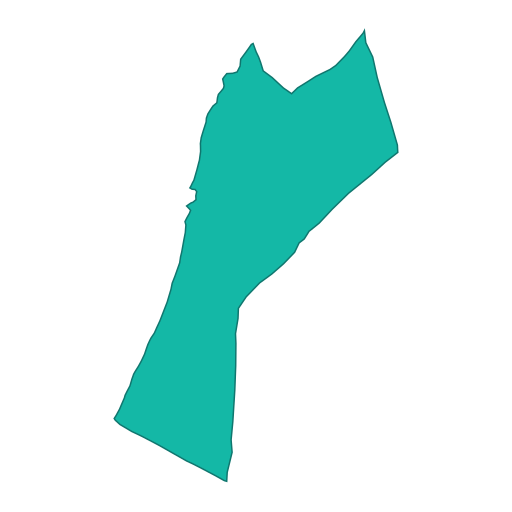 outline of Whojah, Maryland, Liberia
{"feature_id": "62588387B36010153941862", "entity_name": "Whojah", "entity_type": "district", "adm_level": 2, "iso_a3": "LBR", "parent_name": "Liberia", "parent_adm1": "Maryland", "projection": "orthographic", "projection_center": [-8.023, 4.944], "detail": "fine", "context": "isolated", "style": "filled", "palette": "teal", "viewbox_px": 512, "rotation_deg": 0, "n_neighbors": 0, "source": "geoboundaries", "source_scale": "gbopen_adm2", "svg_char_len": 2083}
<svg xmlns="http://www.w3.org/2000/svg" viewBox="0 0 512 512"><path d="M226.7,481.3L227.2,472.3L232.1,452.3L231.1,439.8L232.8,421.8L234.8,389.9L235.4,373.5L235.7,365.8L235.9,343.5L235.5,333.6L238.0,318.5L238.4,308.3L246.2,296.8L259.6,282.9L271.8,274.0L283.6,263.7L294.6,252.3L299.1,242.9L304.2,239.0L307.8,233.3L309.0,231.3L312.9,228.2L319.2,223.1L332.2,209.2L348.5,193.3L371.7,174.5L385.2,162.2L396.1,153.7L397.8,152.4L397.6,149.6L397.4,145.1L390.9,122.5L386.8,109.9L384.4,102.5L377.2,77.5L372.7,57.0L365.8,42.7L364.4,30.7L363.1,33.2L355.9,41.7L349.2,51.1L344.4,56.7L335.8,65.5L330.7,69.0L330.2,69.4L315.8,76.4L308.7,81.0L305.5,83.0L297.6,87.9L291.6,93.7L283.4,88.0L272.2,77.6L263.2,70.9L260.5,62.1L258.6,57.0L256.1,51.8L253.1,43.5L251.3,44.5L249.6,47.0L248.4,48.7L245.9,52.2L240.7,59.2L240.1,66.1L237.1,72.0L232.7,73.3L226.8,73.6L224.2,76.8L223.7,77.5L222.7,79.0L223.3,81.8L224.1,85.9L223.4,88.4L220.7,91.7L218.4,94.4L217.5,97.7L217.1,101.0L216.8,102.9L213.1,105.9L211.5,108.2L210.6,109.6L207.9,113.9L206.4,118.1L206.1,122.1L203.2,131.1L201.2,137.8L200.4,143.6L200.5,145.7L200.6,151.6L199.4,160.4L198.8,162.5L196.9,169.9L193.9,180.3L192.6,182.6L190.8,186.4L189.9,187.9L192.0,189.2L195.1,189.5L196.7,191.6L196.2,193.9L195.8,195.8L196.0,199.7L193.0,202.2L190.9,203.0L187.7,205.2L186.6,206.0L189.3,208.8L190.6,210.3L189.4,213.4L186.9,217.8L185.0,221.6L185.9,225.0L185.6,228.7L185.3,232.7L184.0,239.3L181.7,252.1L180.5,257.1L180.4,258.0L179.7,262.8L175.0,276.1L173.4,280.2L172.2,283.2L171.0,289.3L167.2,302.1L163.2,312.4L159.9,320.9L158.0,325.0L156.5,328.2L156.1,329.2L154.3,333.2L151.1,337.9L150.0,340.0L149.7,340.6L149.2,341.7L147.9,344.5L146.5,348.4L144.6,354.1L141.4,360.9L140.1,363.3L138.5,366.2L135.1,371.6L133.6,374.3L133.4,375.0L131.9,379.2L130.0,385.8L127.1,391.3L125.1,395.3L124.4,397.9L121.9,403.7L121.5,404.6L119.6,409.1L116.3,415.2L115.3,416.8L114.2,418.5L115.3,420.2L120.0,424.5L131.8,431.5L138.2,434.5L142.3,436.5L158.3,444.9L174.2,453.9L186.7,461.0L192.5,463.7L199.6,467.3L214.4,475.1L224.3,480.6L226.7,481.3Z" fill="#14b8a6" stroke="#0f766e" stroke-width="1.5"/></svg>